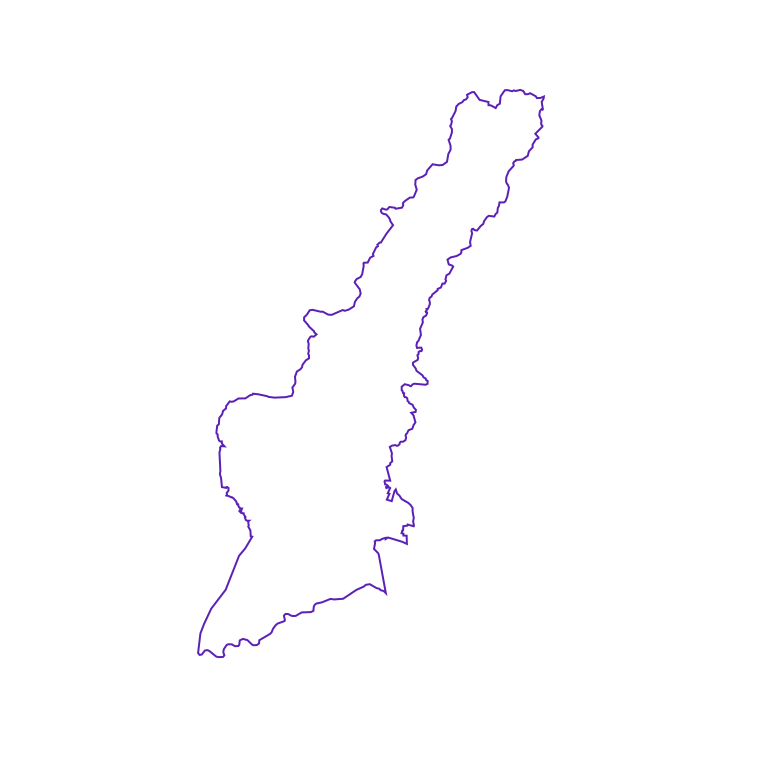 Borlesti, Neamt, Romania (orthographic projection), rotated 124°
{"feature_id": "2599482B55744417226564", "entity_name": "Borlesti", "entity_type": "district", "adm_level": 2, "iso_a3": "ROU", "parent_name": "Romania", "parent_adm1": "Neamt", "projection": "orthographic", "projection_center": [26.427, 46.78], "detail": "fine", "context": "isolated", "style": "outline", "palette": "violet", "viewbox_px": 768, "rotation_deg": 124, "n_neighbors": 0, "source": "geoboundaries", "source_scale": "gbopen_adm2", "svg_char_len": 6124}
<svg xmlns="http://www.w3.org/2000/svg" viewBox="0 0 768 768"><g transform="rotate(124 384 384)"><path d="M484.7,502.2L490.6,502.5L492.6,501.3L496.2,502.4L499.8,501.2L504.1,501.6L509.8,498.4L511.8,499.0L517.4,496.1L518.6,495.3L518.9,493.6L520.3,492.8L523.1,489.2L523.2,487.5L522.3,486.3L524.0,485.0L524.9,481.4L526.6,484.4L528.8,484.2L529.4,483.3L532.8,482.1L547.9,470.8L550.3,469.8L553.3,466.3L560.1,460.7L558.4,456.8L557.6,457.0L557.1,456.4L557.2,454.8L559.3,453.3L562.3,453.5L563.5,452.3L564.6,452.3L563.6,449.5L563.4,447.2L562.9,446.9L562.9,444.9L564.0,440.8L565.1,439.6L565.2,438.7L565.8,438.5L565.4,437.5L566.5,436.7L567.5,434.4L567.1,433.5L567.5,432.5L566.9,432.0L568.1,431.7L569.4,432.3L569.5,433.0L570.3,432.8L570.5,432.0L569.9,430.8L570.7,430.4L569.7,428.0L570.4,427.8L571.7,424.5L572.4,424.7L574.0,422.6L573.9,421.0L572.8,419.4L574.0,419.7L577.0,417.0L578.1,416.8L580.2,412.8L584.8,409.3L584.3,407.9L597.8,407.1L607.5,408.1L643.1,400.2L666.9,401.6L683.5,399.0L693.5,396.7L711.0,387.7L711.7,385.4L710.2,383.8L705.0,383.4L703.3,381.4L703.0,379.5L703.8,370.7L703.0,368.5L700.4,364.9L698.3,364.6L696.1,367.3L693.5,368.5L688.2,368.5L686.8,367.5L684.9,364.5L684.7,360.9L682.7,358.3L681.2,358.1L677.2,360.2L674.2,358.4L672.7,354.0L673.8,347.8L673.6,346.2L671.5,343.4L668.9,342.5L666.2,344.1L654.8,338.7L652.8,338.3L649.1,339.1L644.9,339.0L642.2,338.3L636.3,334.0L635.1,334.1L632.2,337.3L630.4,337.3L629.5,336.8L628.3,334.8L627.9,331.1L627.0,329.3L625.6,327.5L619.4,324.5L614.0,317.1L611.6,315.7L607.8,317.7L606.0,318.0L603.8,317.3L599.8,313.4L592.1,308.2L590.5,304.9L584.9,297.8L570.0,291.7L563.3,287.5L560.6,286.7L557.9,283.8L557.4,276.1L556.4,273.4L556.8,271.5L555.8,268.4L556.4,265.5L528.5,292.8L527.6,294.0L526.3,300.1L520.9,302.4L519.6,303.7L518.0,303.1L515.8,300.0L513.4,298.9L510.6,296.6L511.6,295.9L509.0,294.8L504.6,280.6L503.8,275.6L497.1,280.4L498.8,283.2L497.2,284.2L497.9,286.0L495.2,286.9L494.7,286.3L491.1,288.5L488.4,285.5L487.3,285.8L485.3,279.8L484.4,280.2L481.7,283.0L478.4,284.4L473.7,289.0L470.8,290.9L469.4,294.4L469.0,297.4L469.5,305.0L468.0,308.6L467.4,312.0L464.8,315.3L466.9,315.4L476.8,312.1L478.3,317.0L472.0,318.1L472.5,319.8L466.8,320.7L466.7,321.5L467.4,322.6L468.9,323.9L468.3,324.7L466.3,323.8L466.0,325.7L466.6,326.9L464.4,329.1L463.4,329.1L460.7,324.8L451.4,335.4L447.5,333.7L446.2,334.6L443.5,333.9L439.5,337.4L437.0,338.7L432.9,344.0L430.5,342.8L428.3,340.4L428.1,338.8L427.1,337.9L425.2,337.4L424.0,338.1L422.5,337.8L421.3,336.0L418.7,334.8L416.0,335.7L414.7,337.3L413.2,337.7L412.2,337.3L408.6,337.8L405.3,335.5L401.5,336.5L398.2,336.5L393.5,342.0L392.6,345.3L389.5,342.2L387.6,343.1L386.9,346.1L385.2,348.8L385.8,352.4L385.1,353.2L384.9,354.9L382.8,356.8L382.6,358.2L383.3,359.5L382.4,361.1L380.4,362.1L380.9,363.1L379.4,364.8L379.3,365.8L376.4,367.8L372.6,366.7L371.2,363.0L370.9,360.5L367.9,359.9L366.6,358.7L361.3,349.0L359.5,348.0L357.0,349.6L357.2,351.3L356.1,352.6L356.4,354.9L355.3,356.9L354.9,364.4L353.4,366.4L351.9,370.8L350.0,371.9L345.2,369.6L343.5,370.1L341.4,372.4L340.0,372.0L338.2,373.2L336.7,372.7L335.8,371.3L334.1,371.7L333.0,373.5L335.6,376.8L333.9,378.7L330.9,379.9L329.0,379.6L322.7,380.8L318.0,385.0L311.3,386.2L309.0,388.2L306.6,388.7L303.7,387.4L301.0,387.9L300.6,388.3L301.0,389.3L300.6,390.0L299.1,389.8L298.1,390.7L297.1,389.6L292.3,390.6L290.7,391.6L289.0,393.7L286.9,394.3L284.9,393.5L282.9,394.0L276.3,392.0L275.2,392.7L272.2,390.8L268.1,391.7L266.9,389.9L263.7,390.2L262.8,391.6L258.9,393.0L256.0,391.5L248.0,392.3L247.7,393.6L248.6,397.2L245.4,400.9L241.9,399.6L237.2,395.3L233.5,393.4L231.9,393.4L229.7,394.7L224.5,390.9L221.0,389.4L218.1,392.1L209.8,395.2L208.2,397.1L206.6,397.7L205.5,397.0L205.8,394.9L204.7,392.7L198.9,392.2L195.8,391.2L192.9,392.1L188.2,392.0L186.0,391.2L183.5,386.2L180.7,386.5L178.5,385.9L174.6,388.0L171.9,388.4L168.9,389.8L166.4,386.1L164.7,385.5L159.7,386.6L151.4,390.1L149.7,392.5L148.8,394.9L147.4,396.4L144.0,398.3L137.9,399.6L130.7,398.6L129.9,398.8L128.7,400.4L126.5,400.4L125.6,399.6L124.5,399.8L120.7,395.0L114.5,392.4L110.0,394.0L104.7,393.1L102.3,394.7L96.3,394.9L93.9,393.4L93.2,393.9L91.9,398.5L82.1,396.6L81.3,397.1L81.3,398.1L80.0,399.5L77.5,400.8L74.4,405.5L70.7,407.3L68.1,407.1L67.9,405.9L67.4,405.9L62.0,411.0L58.1,411.3L56.3,412.2L59.3,414.2L61.5,417.2L60.6,419.0L61.2,425.4L63.3,426.8L64.8,429.0L63.2,432.4L64.0,435.5L67.5,438.7L67.9,440.5L69.6,441.4L71.2,445.8L72.9,448.1L80.3,448.2L86.9,444.7L89.4,446.0L92.8,445.7L93.2,451.0L94.4,453.3L91.8,455.1L95.0,463.6L91.6,472.5L92.9,474.3L97.9,476.9L99.4,475.0L102.1,475.1L104.0,476.5L106.6,476.7L110.1,478.7L113.6,479.2L117.7,477.3L125.8,476.3L126.9,476.6L128.2,474.6L131.6,473.3L133.1,473.4L134.6,470.3L137.4,468.4L143.6,466.6L145.4,467.0L149.2,462.1L152.5,459.8L157.3,459.3L164.6,456.0L169.7,457.9L172.0,460.8L174.7,466.6L182.9,467.6L186.5,466.4L190.4,467.9L194.6,471.0L197.3,471.9L201.3,469.5L204.6,465.5L212.0,464.0L213.1,464.2L215.0,466.8L220.4,468.9L223.3,469.5L225.1,468.0L227.8,467.7L232.2,472.4L231.8,473.5L233.9,477.9L234.5,478.6L237.4,478.9L238.4,479.9L239.4,483.6L241.4,483.8L242.6,483.1L243.4,481.5L243.3,479.7L242.2,477.0L243.2,473.2L244.5,470.6L245.4,470.0L247.3,465.3L257.8,466.0L268.5,465.7L269.1,466.6L272.2,467.4L273.2,466.1L275.1,466.9L282.5,465.9L283.7,464.3L287.0,466.1L292.4,465.4L294.8,468.5L295.4,468.5L297.4,466.9L305.1,463.5L308.4,463.2L312.4,465.4L315.4,465.4L316.3,465.0L319.1,457.0L322.1,453.9L325.3,453.3L328.0,454.1L332.2,454.0L336.4,452.4L342.0,454.8L345.2,457.4L345.8,459.6L356.0,466.1L357.7,469.1L358.3,475.3L359.5,476.9L362.4,484.6L364.4,486.8L369.6,486.7L373.4,487.5L376.0,485.8L377.7,479.3L378.3,478.7L379.4,471.4L380.1,470.8L380.6,467.7L384.1,468.7L384.9,470.6L385.9,471.4L390.0,471.3L391.0,471.1L392.9,468.8L396.8,466.7L398.4,464.9L401.4,463.7L402.2,462.2L404.7,460.5L408.0,462.0L413.6,462.3L416.0,461.3L418.4,461.5L422.4,463.2L427.9,461.8L431.3,458.9L433.4,457.8L438.1,458.0L441.3,454.8L445.2,453.8L449.9,458.2L456.5,467.1L459.3,472.6L459.4,474.0L462.9,482.6L465.3,487.2L466.3,487.0L467.9,488.6L473.5,490.9L477.3,496.5L482.5,498.9L484.1,500.6L484.7,502.2Z" fill="none" stroke="#5b21b6" stroke-width="2"/></g></svg>